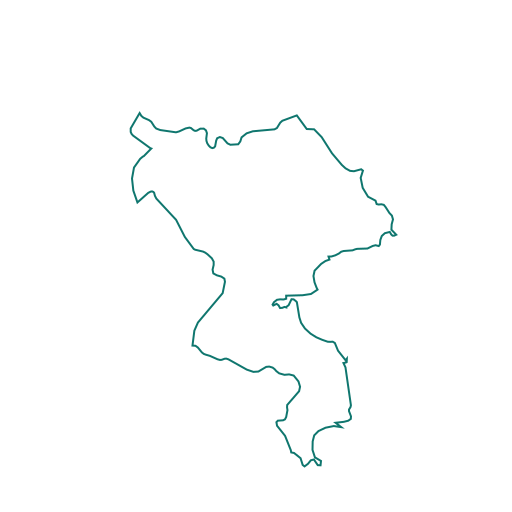 outline of Cagliari, rotated 308°
{"feature_id": "ITA-5378", "entity_name": "Cagliari", "entity_type": "Province", "adm_level": 1, "iso_a3": "ITA", "parent_name": "Italy", "parent_adm1": "", "projection": "equal_earth", "projection_center": [9.117, 39.391], "detail": "fine", "context": "isolated", "style": "outline", "palette": "teal", "viewbox_px": 512, "rotation_deg": 308, "n_neighbors": 0, "source": "natural_earth", "source_scale": "10m", "svg_char_len": 3083}
<svg xmlns="http://www.w3.org/2000/svg" viewBox="0 0 512 512"><g transform="rotate(308 256 256)"><path d="M391.9,201.6L387.3,217.8L391.6,223.8L390.1,234.6L383.7,252.7L380.6,267.6L380.2,272.6L381.0,277.7L383.1,281.0L389.1,285.5L389.1,287.7L382.0,290.4L375.4,298.1L371.7,307.8L373.2,316.1L371.2,319.1L372.1,321.0L373.9,322.9L375.0,325.2L374.4,327.8L372.0,334.7L371.5,338.2L369.2,341.4L364.5,343.4L360.1,346.5L359.1,353.4L357.0,352.3L356.1,351.1L356.2,349.4L357.3,346.6L353.3,343.5L349.2,342.8L345.2,344.1L341.3,346.6L339.4,346.6L338.1,343.6L335.8,341.8L330.5,339.2L323.9,331.3L322.4,330.1L319.9,328.6L313.9,322.0L311.8,320.5L309.0,319.8L305.4,318.1L302.1,315.8L300.2,313.5L298.4,316.1L294.8,313.8L289.9,312.2L280.5,311.2L275.6,313.6L271.3,318.3L268.4,323.1L267.4,325.2L259.9,322.7L253.8,316.9L243.3,304.2L240.9,306.1L238.7,304.5L236.7,301.7L234.4,299.5L230.7,298.6L227.9,299.0L227.6,300.1L231.0,301.7L231.0,304.2L229.8,307.0L231.3,308.6L233.4,309.8L234.1,311.5L234.4,311.2L237.3,312.0L243.8,310.6L245.0,312.4L245.0,315.1L244.8,316.6L234.3,328.0L231.1,332.7L229.0,339.2L228.4,346.8L229.1,353.6L230.7,359.7L232.6,365.3L234.1,367.4L235.7,369.2L236.0,371.7L231.9,378.9L229.0,390.8L231.0,390.8L228.2,392.8L227.4,392.4L225.5,390.8L223.3,395.1L196.8,422.7L195.1,423.5L192.3,423.8L191.0,424.8L188.1,429.6L186.0,431.0L183.0,430.1L179.4,427.3L173.6,421.4L173.6,428.5L169.9,422.0L163.5,416.5L156.5,413.0L150.5,412.3L144.8,414.8L138.0,419.9L133.6,426.4L134.5,433.4L130.8,435.7L129.2,433.4L131.3,426.9L128.8,425.0L124.2,424.9L120.1,423.8L120.1,421.4L124.1,415.6L124.2,407.2L122.9,404.7L124.4,403.0L132.2,389.6L135.2,377.1L137.6,374.4L139.7,374.6L143.2,378.5L145.1,379.4L147.7,378.9L153.9,375.7L155.9,373.6L157.8,372.3L176.0,373.2L180.1,371.2L183.3,366.7L185.0,359.3L183.1,355.0L179.9,351.6L177.8,346.5L177.8,342.9L178.3,340.3L178.3,337.8L177.0,334.5L174.9,332.3L166.4,329.0L163.1,325.3L160.8,318.7L157.6,297.9L156.8,295.7L155.7,294.5L153.1,292.9L151.9,291.6L150.9,289.2L148.9,281.1L147.3,277.1L146.7,275.1L146.7,272.7L148.1,266.5L148.0,263.6L146.3,261.1L159.2,253.4L167.8,251.2L206.2,252.6L216.6,247.4L218.7,245.0L218.4,241.3L216.7,237.1L216.0,233.1L218.5,230.2L222.8,228.2L225.5,226.1L227.0,222.6L227.5,216.7L227.4,214.0L226.9,211.6L223.5,204.2L223.2,202.6L227.2,188.2L235.3,170.8L239.9,142.1L241.2,139.3L243.1,136.8L243.3,135.7L242.9,134.3L241.8,133.3L239.4,132.2L225.2,129.6L232.0,119.1L240.7,110.6L250.6,105.4L261.2,104.9L264.6,105.6L265.6,106.1L276.2,107.3L275.9,106.4L275.2,85.0L275.6,82.8L276.6,80.9L279.4,78.7L297.0,76.3L295.8,79.4L295.7,82.1L297.2,88.0L297.3,90.8L295.4,96.2L295.0,98.9L296.3,103.0L304.2,116.8L306.8,118.7L313.2,122.0L316.2,124.5L316.8,126.0L316.7,129.4L317.1,131.0L318.2,132.1L322.0,133.7L324.2,136.4L324.2,139.2L322.6,141.7L317.9,144.5L316.2,146.1L314.8,148.2L313.9,150.8L313.6,153.2L314.1,155.1L315.3,156.1L317.2,156.3L322.4,153.6L324.9,152.9L327.5,154.3L328.5,157.2L327.2,164.2L327.9,167.3L333.1,173.2L336.6,173.1L340.6,171.6L346.9,173.1L352.3,176.7L367.2,192.6L369.7,193.7L376.0,193.0L378.8,193.5L391.9,201.6Z" fill="none" stroke="#0f766e" stroke-width="2"/></g></svg>